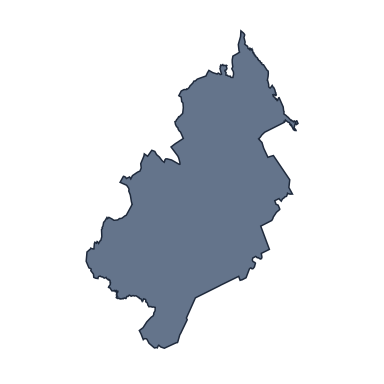 outline of Rubenes pag., Jekabpils, Latvia, rotated 77°
{"feature_id": "27541924B32922807778948", "entity_name": "Rubenes pag.", "entity_type": "district", "adm_level": 2, "iso_a3": "LVA", "parent_name": "Latvia", "parent_adm1": "Jekabpils", "projection": "natural_earth1", "projection_center": [26.013, 56.162], "detail": "fine", "context": "isolated", "style": "filled", "palette": "slate", "viewbox_px": 384, "rotation_deg": 77, "n_neighbors": 0, "source": "geoboundaries", "source_scale": "gbopen_adm2", "svg_char_len": 5913}
<svg xmlns="http://www.w3.org/2000/svg" viewBox="0 0 384 384"><g transform="rotate(77 192 192)"><path d="M67.1,101.2L66.9,101.9L65.9,101.5L66.1,102.7L64.9,103.1L64.8,103.4L65.2,103.8L66.0,103.9L65.1,104.4L65.0,104.9L64.3,105.2L63.4,105.0L62.3,105.3L61.7,105.7L61.7,106.0L59.7,107.4L58.7,106.8L57.7,106.5L53.1,106.6L51.2,105.5L50.4,105.3L48.8,106.0L46.0,108.1L51.4,109.7L58.7,113.7L64.8,114.4L66.4,114.2L67.4,116.8L68.8,121.6L72.3,123.1L75.0,123.7L79.2,124.1L80.9,125.5L84.2,124.6L86.6,125.0L89.6,126.4L89.1,128.3L88.8,128.6L87.8,128.6L87.6,129.6L87.2,130.7L86.1,131.4L85.9,132.5L84.8,132.5L83.3,131.9L81.6,132.7L80.9,132.5L80.7,131.1L79.6,130.2L76.9,130.3L76.6,129.7L76.2,130.1L76.3,131.3L75.9,131.8L75.9,132.9L74.8,133.3L75.5,134.6L74.7,135.3L76.1,136.3L77.1,136.3L78.0,137.0L83.8,136.7L84.0,137.4L83.8,138.2L83.2,138.5L82.0,139.7L82.7,140.9L80.3,145.0L77.3,148.2L79.4,150.2L82.1,152.3L83.1,160.8L83.3,161.7L84.5,163.6L84.4,165.3L85.8,166.4L87.6,169.1L87.9,169.8L89.5,171.2L90.4,172.7L90.7,173.5L90.4,174.0L90.9,174.3L90.4,176.8L91.2,179.8L95.2,183.2L97.1,181.2L101.5,181.7L103.3,180.8L107.9,181.5L113.3,183.4L116.0,187.7L115.7,188.1L117.5,189.7L117.9,190.6L119.3,191.6L119.6,192.8L122.4,192.9L124.6,192.4L125.1,192.2L126.0,191.4L127.9,191.3L129.6,190.7L131.0,189.7L137.9,188.4L141.2,197.5L143.4,202.3L153.8,197.7L155.9,197.3L158.8,197.2L160.9,197.2L162.2,197.5L162.2,198.2L156.2,204.7L154.2,208.6L153.8,210.0L154.5,211.1L155.7,211.6L156.8,212.4L154.7,214.1L150.6,215.9L147.6,218.1L144.1,219.1L142.3,221.8L147.2,227.2L144.1,229.9L146.2,230.8L152.9,235.6L157.2,236.1L159.9,238.0L160.4,240.6L162.6,246.3L165.5,248.7L163.3,249.4L164.1,252.9L162.6,253.4L161.3,255.0L161.4,255.4L166.4,259.9L170.7,254.2L173.9,252.9L175.4,252.8L176.8,253.4L180.9,252.8L187.6,253.2L190.6,253.1L190.6,253.3L191.8,254.1L199.9,261.3L200.2,262.8L201.8,266.2L201.7,268.2L201.5,268.7L202.2,269.9L202.5,270.8L202.2,273.2L202.0,274.5L200.4,275.9L198.0,278.7L198.9,280.2L197.7,280.6L200.9,283.7L201.6,284.9L205.1,286.4L206.4,287.6L207.3,287.5L208.2,288.6L215.2,289.9L218.6,291.7L218.7,292.3L221.1,294.6L219.3,295.2L218.9,295.6L220.4,296.7L219.1,297.9L220.2,298.7L225.4,300.4L225.2,301.3L224.1,303.1L224.3,303.1L226.8,307.8L235.7,310.7L242.7,309.5L244.1,307.7L244.6,307.6L245.9,308.3L249.8,306.5L253.1,306.9L254.3,305.3L255.2,303.1L254.0,302.6L253.3,301.8L253.3,300.3L253.7,300.1L254.5,298.9L254.6,298.2L256.1,297.0L256.2,296.7L255.9,294.9L257.2,294.6L258.0,293.7L258.5,293.6L258.6,293.2L259.0,292.9L258.7,292.7L259.1,292.4L258.9,292.3L259.1,292.1L260.2,291.8L260.8,292.0L261.6,291.8L262.0,292.2L262.2,291.9L263.7,292.4L265.6,294.5L266.2,294.8L267.0,293.5L270.3,292.3L270.8,290.4L270.4,289.9L270.5,289.6L271.1,289.4L271.0,289.0L271.8,289.1L271.9,288.6L272.3,288.3L271.8,288.2L271.9,287.9L271.3,287.6L271.9,287.2L272.0,286.6L272.6,286.7L272.6,287.1L272.8,287.2L272.5,287.6L273.0,287.9L272.9,288.1L273.7,288.2L273.8,288.0L274.4,288.0L274.5,288.4L275.2,288.8L275.4,288.4L276.5,288.5L276.5,288.3L276.7,288.2L276.7,288.8L277.8,289.5L278.1,289.0L278.5,289.0L278.6,288.4L279.0,288.3L278.9,287.6L279.3,287.2L279.2,287.0L280.1,286.1L279.9,285.8L280.4,284.4L280.1,283.8L280.6,283.1L280.0,281.9L280.9,280.5L280.9,280.2L280.2,280.0L279.1,278.9L279.4,278.2L279.4,277.8L278.8,277.3L278.4,276.3L279.0,275.8L279.1,275.2L279.9,274.8L279.6,272.7L280.4,271.6L280.3,270.9L280.7,269.6L282.1,268.5L282.7,267.5L283.1,267.2L283.8,267.3L284.7,265.8L287.1,265.2L286.8,265.0L287.1,264.5L286.3,264.1L286.2,263.7L285.5,263.5L285.2,263.0L285.6,262.6L286.3,261.4L287.6,261.4L288.5,261.8L289.1,261.3L289.4,260.8L291.1,260.4L292.0,260.5L294.2,259.7L294.1,258.9L294.4,258.4L294.3,257.8L295.0,257.1L295.3,256.5L295.2,255.8L296.2,253.8L299.4,254.7L301.4,256.5L302.7,256.8L304.1,258.0L304.8,259.9L308.4,265.3L313.2,270.2L315.1,274.5L318.7,273.6L324.9,272.7L324.4,271.9L324.3,271.0L324.7,269.6L325.4,269.0L329.7,267.9L335.5,263.7L335.7,260.9L335.9,260.8L333.8,259.1L334.0,258.6L335.9,257.4L338.0,254.1L335.8,243.6L335.3,240.9L335.5,240.4L335.1,239.7L328.2,235.9L327.5,235.1L315.4,225.4L313.5,225.8L295.9,212.5L289.5,185.9L289.3,185.4L284.7,165.5L288.9,165.0L288.7,163.6L288.9,163.3L287.7,158.6L279.9,153.4L279.2,152.2L279.2,151.7L280.3,150.9L280.5,150.1L280.3,149.6L279.0,148.0L275.6,146.2L274.7,146.7L273.7,148.0L273.0,148.4L271.6,148.5L270.0,147.6L269.1,144.4L269.4,144.1L270.8,143.2L270.8,142.3L272.3,141.0L272.7,140.3L272.5,140.0L272.6,139.3L271.2,138.5L267.4,138.3L265.3,129.5L240.7,132.7L237.7,120.7L236.1,119.2L234.8,118.5L230.8,114.3L228.8,110.5L228.4,110.3L224.2,111.0L222.8,112.9L219.1,113.3L218.0,108.7L218.7,108.5L221.0,107.1L219.1,105.4L218.4,103.6L217.7,102.8L217.5,100.9L215.5,99.5L214.7,99.2L215.4,98.4L216.1,97.0L216.6,94.6L209.4,96.6L202.1,94.0L174.8,104.5L175.0,108.2L175.3,110.2L165.5,112.3L159.5,112.7L157.0,114.2L156.2,114.4L156.3,114.6L155.2,115.2L154.0,113.2L152.1,111.1L150.1,107.7L144.9,86.5L143.9,86.3L144.2,85.5L142.9,84.8L145.8,82.5L146.1,81.6L147.8,81.0L148.0,81.4L149.3,80.8L148.9,80.2L149.8,79.9L150.0,80.1L154.1,79.1L155.3,77.8L155.5,76.8L154.8,76.9L152.3,78.1L148.2,75.8L149.8,75.0L149.1,73.3L146.3,73.8L146.2,74.1L147.5,75.7L146.0,76.0L145.7,76.5L146.4,77.4L144.3,79.0L144.6,79.4L140.7,81.6L140.1,82.2L138.5,83.2L136.6,84.9L134.1,84.2L133.7,84.5L129.7,84.0L119.7,85.9L119.7,86.3L121.2,87.6L122.1,88.0L122.1,88.5L120.1,89.0L120.2,89.6L118.3,90.1L117.3,91.2L115.6,91.3L116.0,90.5L115.5,90.1L116.8,88.8L116.8,88.4L116.2,88.0L115.6,88.4L114.5,87.9L114.1,88.3L111.0,88.3L108.5,88.9L108.4,89.3L106.2,89.9L108.3,92.3L108.0,92.9L106.7,93.6L104.4,93.1L100.5,93.2L100.2,93.5L96.6,91.9L93.8,91.0L91.4,90.6L90.8,90.9L90.2,91.5L84.1,93.7L83.7,94.8L83.1,95.1L81.8,95.1L81.4,96.1L80.1,96.1L79.3,96.6L79.1,97.2L78.5,97.6L77.7,97.5L77.5,98.0L75.9,98.2L74.5,99.4L73.9,99.4L73.8,99.8L72.6,99.9L72.2,100.5L71.8,100.3L70.9,100.6L70.3,100.5L70.1,100.7L70.3,101.1L69.7,101.3L68.4,101.0L67.7,101.5L67.1,101.2Z" fill="#64748b" stroke="#1e293b" stroke-width="1.5"/></g></svg>